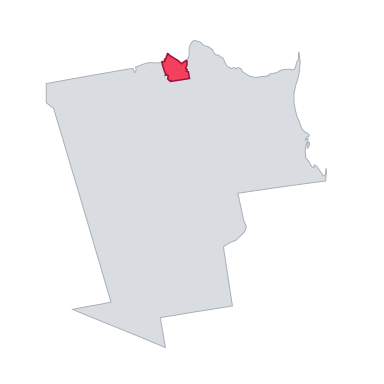 Kankossa, Assaba, Mauritania (highlighted), rotated 171°
{"feature_id": "47542326B30732925248213", "entity_name": "Kankossa", "entity_type": "district", "adm_level": 2, "iso_a3": "MRT", "parent_name": "Mauritania", "parent_adm1": "Assaba", "projection": "albers", "projection_center": [-11.033, 15.705], "detail": "fine", "context": "in_parent", "style": "filled", "palette": "rose", "viewbox_px": 384, "rotation_deg": 171, "n_neighbors": 0, "source": "geoboundaries", "source_scale": "gbopen_adm2", "svg_char_len": 4711}
<svg xmlns="http://www.w3.org/2000/svg" viewBox="0 0 384 384"><g transform="rotate(171 192 192)"><path d="M162.5,339.9L162.0,339.7L159.5,338.0L158.4,335.9L156.4,334.4L153.7,333.3L152.0,332.1L151.2,330.8L150.2,329.9L149.2,329.4L149.1,329.0L149.3,328.3L149.1,327.1L147.5,324.4L146.1,323.1L144.8,323.3L144.1,323.0L143.7,322.4L143.5,321.5L142.7,320.7L141.2,320.4L140.0,318.4L139.2,314.7L138.1,311.8L136.6,309.7L135.6,309.0L134.9,308.8L134.6,308.5L134.4,307.9L133.3,307.7L131.7,308.3L130.3,308.0L129.6,307.0L128.7,306.9L127.4,307.7L126.1,307.5L124.6,306.1L123.8,304.8L123.7,303.5L121.2,300.9L116.3,297.0L111.0,295.1L105.2,295.2L101.9,295.0L101.2,294.3L100.5,294.4L99.8,295.1L99.0,295.2L98.2,294.8L97.7,295.1L97.5,296.1L95.4,296.5L91.5,296.5L88.4,297.0L85.9,298.2L82.5,298.6L78.1,298.3L75.5,297.8L74.6,297.1L73.4,296.9L71.7,297.3L70.2,299.1L68.9,302.6L67.7,304.5L66.9,305.0L65.9,307.5L65.3,311.8L64.5,313.7L64.8,302.9L66.1,299.0L66.6,295.4L69.5,287.7L72.8,281.4L76.0,273.0L77.3,264.9L77.1,256.8L76.4,249.7L75.0,244.9L73.8,238.0L71.8,234.4L68.0,231.2L67.2,229.3L68.1,228.6L70.4,228.2L72.0,225.8L68.8,226.7L72.6,219.3L73.9,214.2L73.8,210.8L74.6,208.8L71.9,204.2L69.9,198.5L68.8,197.6L67.6,197.1L67.5,198.4L66.8,199.6L65.5,198.8L63.2,194.7L60.1,187.9L59.0,187.2L58.0,188.1L57.3,188.9L56.0,194.5L55.8,192.2L56.3,189.6L57.2,186.5L58.3,182.0L61.2,182.1L66.3,182.2L76.6,182.5L81.7,182.6L92.0,182.8L97.2,182.9L107.5,183.1L112.6,183.2L122.9,183.3L128.1,183.4L138.4,183.5L143.5,183.5L146.9,183.6L146.7,180.4L146.6,177.9L146.4,174.5L146.2,171.1L146.0,167.8L145.9,164.6L145.7,161.5L145.6,158.5L145.4,155.9L145.1,154.3L144.1,151.2L143.9,149.7L144.2,148.1L144.9,146.6L146.9,143.9L150.0,141.8L153.5,139.4L156.1,137.5L157.5,137.1L161.6,136.4L164.9,135.0L168.1,133.7L169.4,132.9L169.6,130.3L169.9,73.1L185.4,73.1L189.5,73.1L218.1,73.1L222.2,73.0L243.0,72.9L242.9,70.2L242.9,66.3L242.8,61.0L242.8,55.7L242.6,46.4L242.6,42.5L246.7,45.1L255.0,50.1L259.1,52.7L267.4,57.8L275.7,62.8L284.1,67.9L288.2,70.4L292.4,72.9L296.6,75.4L300.8,77.9L309.2,83.0L312.7,85.1L318.1,88.4L323.2,91.6L328.2,94.8L320.5,95.0L310.2,95.3L303.2,95.4L296.0,95.6L289.2,95.8L289.9,101.1L290.7,107.0L291.4,112.9L292.2,118.8L292.9,124.6L295.2,142.3L296.0,148.2L296.8,154.1L297.5,160.0L298.3,165.9L299.8,177.8L300.6,183.7L301.4,189.6L302.2,195.5L302.9,201.4L303.7,207.4L305.3,219.2L306.1,225.2L306.9,231.1L307.7,237.0L308.5,243.0L309.2,248.9L310.0,254.8L310.8,260.8L312.4,272.7L313.2,278.6L314.0,284.5L314.8,290.5L315.6,296.2L318.4,299.2L322.0,302.9L321.1,308.4L320.1,314.8L319.0,321.9L309.4,322.1L299.9,322.3L276.4,322.8L271.7,322.9L248.1,323.2L243.4,323.3L234.3,323.4L231.6,323.2L230.6,322.7L230.3,319.0L229.5,319.3L228.5,320.4L228.0,321.5L228.2,323.0L228.1,324.3L225.0,324.8L221.0,325.7L216.7,326.4L212.3,326.2L210.8,325.9L209.2,325.4L205.8,324.9L203.9,324.9L201.7,325.0L199.2,325.3L198.4,326.0L196.5,328.7L194.6,331.8L193.4,331.8L192.0,330.1L188.3,326.8L183.7,322.6L181.7,320.4L180.6,320.2L178.4,321.7L176.6,323.1L174.6,325.2L173.7,327.2L173.0,329.5L172.7,332.3L172.0,335.5L170.4,338.1L168.5,340.1L167.1,341.0L166.6,341.5L162.5,339.9ZM70.6,221.1L69.1,223.4L68.4,222.5L68.2,221.0L69.6,218.8L70.2,217.7L71.3,217.3L70.6,221.1Z" fill="#d9dde1" stroke="#a8b0b8" stroke-width="1"/><path d="M196.1,304.6L192.2,304.5L187.9,304.5L184.4,304.5L181.2,304.5L177.7,304.5L176.7,304.5L176.8,311.3L178.7,312.2L177.6,313.7L179.0,314.9L178.9,315.1L178.6,315.5L178.2,316.7L177.8,317.1L177.4,317.8L177.1,318.1L176.9,318.7L176.8,320.4L176.7,321.1L176.5,321.3L176.4,321.4L176.7,321.7L176.9,322.0L176.9,322.6L176.8,322.8L177.6,322.8L178.8,322.2L180.1,321.6L181.5,320.9L182.5,320.3L183.1,321.2L183.9,322.2L184.2,322.8L184.5,323.2L185.1,323.7L185.4,324.2L185.8,324.6L186.1,324.9L187.0,325.4L187.5,325.9L187.9,326.2L188.0,326.4L188.5,326.8L189.1,327.3L189.5,327.6L189.9,328.0L190.4,328.4L190.7,328.6L190.9,328.9L191.3,329.3L191.6,329.3L192.2,329.8L192.5,330.2L192.9,330.8L193.2,331.2L193.4,331.5L193.9,332.1L194.2,332.6L194.7,332.5L194.7,332.2L194.9,332.0L195.0,331.6L195.1,330.9L195.5,330.5L195.6,330.3L196.0,330.2L196.1,329.8L196.2,329.4L196.3,328.6L196.4,328.4L196.7,328.3L197.0,328.1L197.3,327.6L197.8,327.3L198.1,327.5L198.5,326.7L198.6,326.1L198.4,325.8L198.4,325.2L198.7,324.9L199.0,325.0L199.6,325.2L200.1,325.4L200.7,325.4L201.0,325.3L201.3,325.3L201.5,325.2L201.4,323.9L200.9,319.0L200.4,316.2L200.2,315.4L199.7,312.6L199.4,312.5L199.4,312.2L199.2,312.2L199.4,311.9L199.8,311.5L198.6,311.5L197.7,311.0L197.5,310.9L197.3,310.6L197.6,310.2L197.4,309.8L197.5,309.6L197.5,309.4L197.9,309.0L198.1,308.5L198.2,308.2L198.2,307.8L198.1,307.6L198.1,307.1L197.7,306.5L197.4,306.2L197.2,305.9L196.6,305.6L195.8,305.3L196.1,304.6Z" fill="#f43f5e" stroke="#9f1239" stroke-width="1.5"/></g></svg>